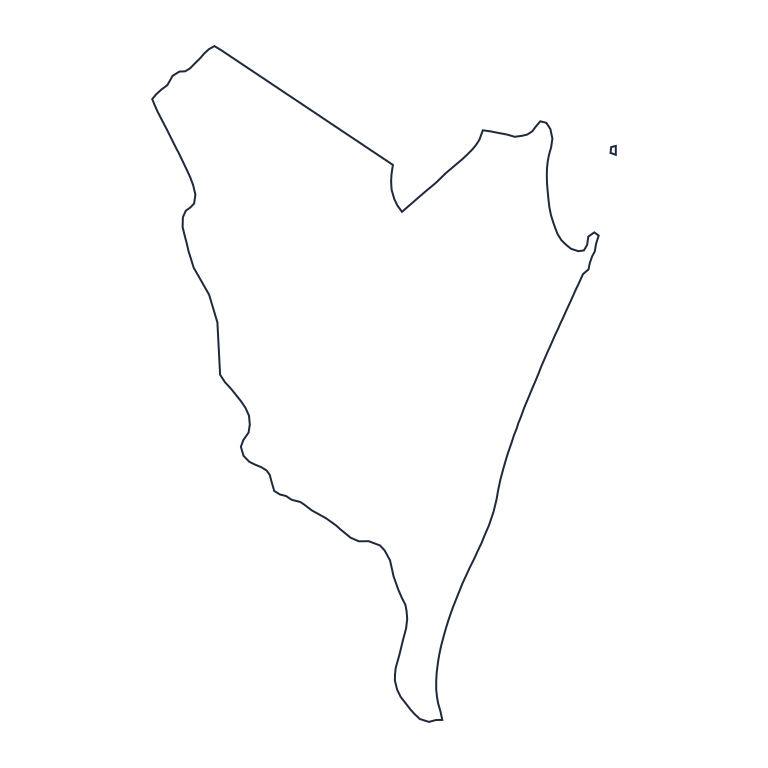 outline of São Francisco do Sul, Santa Catarina, Brazil
{"feature_id": "56859067B10973410912110", "entity_name": "São Francisco do Sul", "entity_type": "district", "adm_level": 2, "iso_a3": "BRA", "parent_name": "Brazil", "parent_adm1": "Santa Catarina", "projection": "equal_earth", "projection_center": [-48.617, -26.291], "detail": "fine", "context": "isolated", "style": "outline", "palette": "slate", "viewbox_px": 768, "rotation_deg": 0, "n_neighbors": 0, "source": "geoboundaries", "source_scale": "gbopen_adm2", "svg_char_len": 2658}
<svg xmlns="http://www.w3.org/2000/svg" viewBox="0 0 768 768"><path d="M340.2,529.2L350.6,537.7L358.8,541.3L368.7,541.2L380.1,545.5L384.6,550.4L390.0,560.3L391.8,568.3L393.5,576.1L398.3,589.7L401.8,597.7L405.4,604.8L406.6,611.3L407.2,619.0L406.1,628.4L402.9,640.4L399.4,654.8L395.7,668.0L395.0,674.5L394.9,680.6L397.1,689.6L400.6,696.8L410.4,709.4L414.3,713.8L419.8,719.0L428.9,721.9L436.0,720.0L442.3,719.9L440.5,711.6L438.2,703.6L437.1,697.7L436.2,689.4L436.2,681.2L436.7,672.5L438.0,662.2L439.1,655.4L441.0,646.4L443.7,636.1L446.1,627.7L448.3,620.6L450.9,613.0L452.9,607.4L455.0,602.1L458.4,593.6L462.3,583.8L466.6,574.5L469.7,567.7L473.9,559.4L477.9,550.6L481.6,542.9L484.2,536.4L489.0,525.2L493.6,511.6L495.0,505.8L496.5,499.6L498.2,490.0L500.4,479.6L503.0,469.9L505.0,462.8L507.8,453.5L511.5,442.9L514.1,434.8L516.4,429.3L518.3,423.2L520.6,417.7L524.1,408.0L528.6,397.3L532.3,388.3L535.4,381.1L538.3,374.1L541.2,366.6L545.1,357.6L547.9,351.2L551.7,342.8L555.2,334.7L557.9,329.2L560.2,323.8L562.9,318.2L565.3,312.8L567.7,307.5L570.7,301.1L573.6,294.5L576.0,289.2L578.7,283.6L583.0,274.1L588.5,269.4L589.8,263.0L592.2,256.2L594.8,251.4L596.1,243.6L598.7,235.6L594.3,232.4L588.3,236.6L587.1,244.9L583.9,250.4L578.4,251.2L571.0,248.8L565.9,244.6L561.3,240.1L557.4,233.7L555.3,228.2L553.3,222.6L550.9,214.9L549.4,207.3L548.5,199.9L547.5,189.4L547.0,182.6L546.8,175.6L547.0,168.1L547.7,161.6L549.0,154.8L551.1,147.4L552.4,138.7L550.4,129.1L546.3,122.8L540.3,121.3L535.7,126.7L532.3,131.3L527.4,134.5L522.0,135.8L514.7,136.8L506.8,134.5L499.8,133.2L490.1,131.3L482.8,130.3L479.5,139.5L476.3,144.6L472.2,149.6L467.2,154.6L462.4,159.1L446.1,172.9L435.7,183.0L425.7,191.3L418.3,197.6L412.9,202.4L406.6,207.8L402.0,211.8L397.4,205.6L394.3,199.1L391.6,189.8L391.1,181.4L391.5,174.3L392.9,164.9L220.9,50.0L214.4,46.1L208.9,49.2L204.2,53.5L200.1,58.3L195.1,63.2L190.0,68.4L185.2,71.3L179.4,71.6L172.6,75.8L167.4,85.1L161.3,89.6L156.0,94.5L152.2,99.1L155.1,106.1L157.4,111.3L163.9,123.9L166.6,129.0L176.1,148.1L178.9,153.3L183.8,163.6L187.2,170.7L190.3,177.5L193.2,185.3L195.4,194.7L194.1,203.6L190.3,207.5L185.8,210.7L182.9,217.2L182.6,226.9L184.3,234.1L186.5,242.4L188.6,251.4L193.7,267.7L209.1,294.7L217.4,322.4L220.1,374.8L224.9,382.1L231.8,389.7L241.3,401.6L245.5,407.9L249.0,415.7L249.8,424.5L248.6,432.5L243.2,440.3L240.9,446.8L243.5,455.8L249.3,461.8L254.8,464.5L261.1,467.1L266.6,470.5L269.7,474.8L271.7,482.2L274.2,490.9L279.9,494.5L286.0,496.0L291.5,499.7L295.9,500.9L300.4,502.0L304.5,504.8L311.5,510.2L326.2,518.4L336.4,525.7L340.2,529.2ZM615.8,145.9L611.2,147.1L610.5,152.9L615.8,154.8L615.8,145.9Z" fill="none" stroke="#1e293b" stroke-width="2"/></svg>